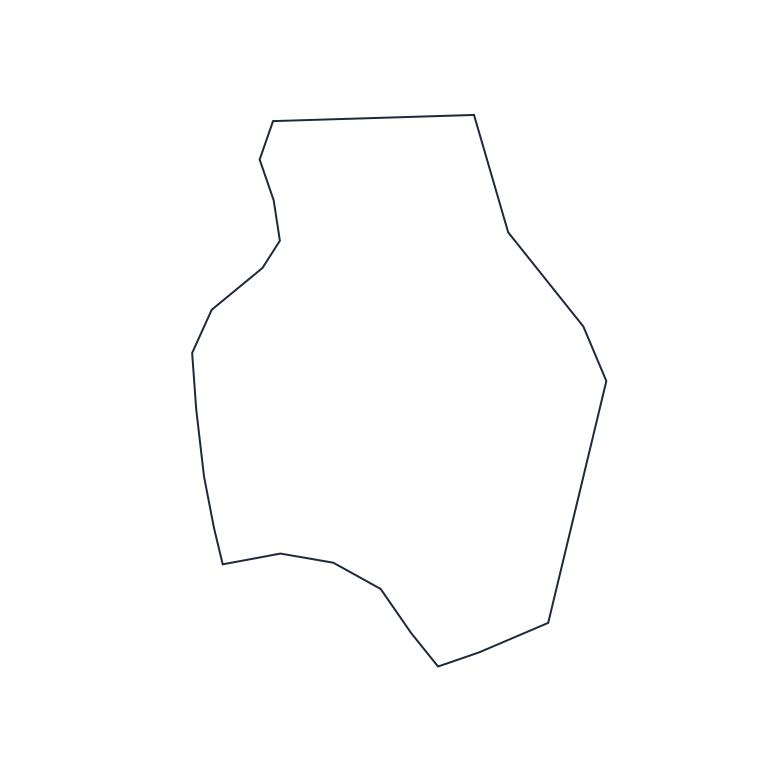 outline of Ordino, rotated 71°
{"feature_id": "AND-4878", "entity_name": "Ordino", "entity_type": "state/province", "adm_level": 1, "iso_a3": "AND", "parent_name": "Andorra", "parent_adm1": "", "projection": "natural_earth1", "projection_center": [1.528, 42.606], "detail": "fine", "context": "isolated", "style": "outline", "palette": "slate", "viewbox_px": 768, "rotation_deg": 71, "n_neighbors": 0, "source": "natural_earth", "source_scale": "10m", "svg_char_len": 440}
<svg xmlns="http://www.w3.org/2000/svg" viewBox="0 0 768 768"><g transform="rotate(71 384 384)"><path d="M453.6,172.8L663.3,306.5L668.7,381.4L668.7,424.9L628.4,439.4L576.7,453.9L536.5,490.1L510.6,537.2L502.0,595.2L464.6,591.6L412.9,584.3L346.8,569.8L292.2,555.3L257.7,522.7L234.7,461.1L214.6,435.8L174.4,428.5L131.3,428.5L99.3,403.3L158.9,211.3L281.1,217.2L394.5,176.8L453.6,172.8Z" fill="none" stroke="#1e293b" stroke-width="2"/></g></svg>